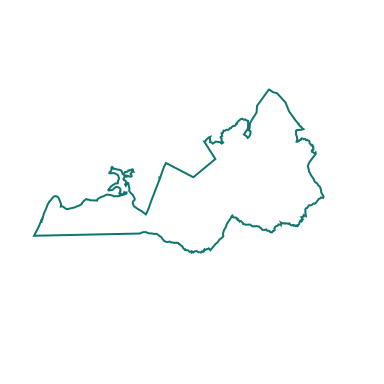 Turbana, Bolívar, Colombia (Albers equal-area conic projection), rotated 37°
{"feature_id": "7082276B59918479254924", "entity_name": "Turbana", "entity_type": "district", "adm_level": 2, "iso_a3": "COL", "parent_name": "Colombia", "parent_adm1": "Bolívar", "projection": "albers", "projection_center": [-75.462, 10.204], "detail": "fine", "context": "isolated", "style": "outline", "palette": "teal", "viewbox_px": 384, "rotation_deg": 37, "n_neighbors": 0, "source": "geoboundaries", "source_scale": "gbopen_adm2", "svg_char_len": 6082}
<svg xmlns="http://www.w3.org/2000/svg" viewBox="0 0 384 384"><g transform="rotate(37 192 192)"><path d="M299.8,116.5L295.1,114.3L294.1,112.9L291.1,110.9L288.4,110.6L286.9,109.9L283.7,109.9L281.7,108.6L276.0,106.6L274.9,105.8L273.5,105.5L272.6,104.8L271.6,103.5L270.9,103.3L268.7,101.3L267.8,97.3L267.9,87.0L266.9,86.1L266.8,87.1L266.3,87.4L264.4,87.4L264.1,87.7L263.6,87.1L263.3,87.3L262.9,87.2L262.8,86.2L263.4,85.9L263.5,85.3L261.9,83.1L261.6,83.4L260.2,82.1L259.4,82.1L259.4,82.8L257.9,82.6L256.5,82.2L255.6,81.1L254.7,80.6L253.1,81.2L252.6,81.1L252.4,81.6L251.7,82.0L250.7,81.6L250.5,81.9L249.6,82.2L249.4,82.6L249.1,82.5L247.4,83.1L247.1,84.0L247.6,84.7L246.7,86.0L246.8,87.0L245.7,88.7L245.2,88.9L244.5,86.7L242.4,84.7L240.6,83.6L238.2,80.4L238.5,79.3L242.3,76.1L243.1,74.7L241.8,74.8L239.7,74.1L239.2,74.5L236.3,73.9L236.2,73.4L232.3,72.7L221.0,69.2L212.7,64.2L200.8,62.0L199.7,62.2L196.9,63.5L192.1,63.7L191.7,64.1L192.1,84.0L195.7,89.6L196.8,102.1L199.4,106.0L200.2,108.6L201.7,108.2L202.5,108.5L204.0,111.3L204.3,113.6L203.9,115.3L202.2,114.6L198.8,114.8L198.5,107.7L196.5,104.7L193.9,101.5L191.8,102.2L190.8,102.0L190.2,102.9L189.0,103.3L187.8,103.3L187.0,104.9L186.5,106.9L186.2,110.0L186.8,110.5L186.2,111.1L186.2,111.6L186.7,112.8L186.6,113.1L184.9,115.0L184.7,115.7L184.7,117.3L184.3,118.1L183.9,118.2L183.7,120.4L183.3,120.9L182.1,121.4L181.3,123.4L180.2,124.0L181.0,126.2L180.2,127.3L182.4,129.1L181.8,130.9L182.5,131.4L183.6,131.6L184.1,132.6L185.0,133.2L187.1,133.8L186.5,135.5L184.5,135.3L180.7,137.4L179.5,140.8L177.7,140.7L176.5,141.3L176.0,140.2L175.1,139.8L173.6,137.6L173.4,136.9L172.7,138.0L172.0,141.4L172.1,144.0L171.5,144.4L190.8,151.6L184.2,179.4L153.8,184.5L154.5,188.9L158.0,199.9L157.3,200.1L157.6,200.5L158.2,200.4L164.3,221.9L167.6,232.4L168.6,237.7L163.4,237.6L158.7,238.2L153.9,238.3L151.0,236.2L150.6,234.9L150.9,232.7L150.1,231.7L146.3,229.9L143.4,229.7L141.2,228.9L140.0,227.0L135.7,223.2L134.8,223.5L135.3,224.9L135.4,226.9L135.1,226.8L135.0,225.8L134.4,226.2L133.2,226.2L133.7,226.1L134.2,225.5L133.6,223.6L133.2,223.3L132.2,223.2L130.9,223.1L130.3,223.4L129.4,222.9L129.4,221.4L129.0,220.4L128.4,220.0L129.1,218.7L129.5,218.5L129.5,219.3L130.5,219.2L131.2,218.3L131.1,217.8L133.5,216.9L134.1,216.4L134.3,215.6L133.6,215.0L132.0,214.5L132.1,213.4L131.8,212.1L133.1,211.1L132.1,210.8L131.7,209.9L131.0,209.6L130.5,210.0L130.5,210.7L129.7,211.3L128.9,212.6L128.2,213.0L128.5,213.6L128.1,214.7L126.5,216.5L126.8,218.5L126.6,219.2L125.8,219.3L122.9,217.6L121.4,217.6L119.9,218.3L118.9,219.1L117.2,219.5L116.2,220.3L115.1,220.7L114.4,220.1L113.1,220.1L112.9,220.6L113.3,221.5L113.9,222.1L114.7,223.6L114.3,226.0L114.7,226.7L115.4,226.4L118.0,224.0L121.1,223.2L123.1,223.2L125.7,225.3L126.3,228.0L127.0,228.6L127.4,229.6L127.1,230.3L125.9,231.0L124.6,234.0L124.0,236.3L123.9,240.7L124.7,240.9L127.1,238.3L127.6,237.2L127.5,235.9L127.8,234.6L128.5,233.4L130.0,232.7L131.8,232.4L133.1,232.8L133.7,233.9L134.4,234.4L134.7,236.8L135.5,237.1L136.4,236.0L137.4,236.0L138.3,235.5L138.8,234.3L138.7,233.8L138.1,233.7L138.0,232.9L138.7,232.9L140.0,231.7L140.4,232.2L140.4,233.2L138.4,236.2L137.2,237.1L137.0,238.0L135.8,239.7L133.6,241.2L132.4,242.5L130.8,242.6L126.7,244.5L125.4,245.5L124.0,248.4L122.4,250.6L121.0,254.0L121.0,255.2L121.4,255.9L115.3,260.1L114.6,260.0L113.1,261.0L112.1,261.1L111.7,261.5L110.9,264.8L110.9,267.4L111.1,267.5L110.9,268.9L109.6,271.6L108.1,273.7L107.6,274.9L102.6,280.8L101.3,281.3L97.6,281.3L96.6,281.9L96.0,282.6L94.8,280.5L89.6,277.3L88.0,276.8L86.3,277.0L85.4,277.5L84.4,278.7L84.1,280.9L84.1,284.4L83.8,285.4L84.3,289.2L85.5,293.0L86.7,298.3L88.9,303.9L88.4,303.7L88.8,306.1L89.2,306.8L89.6,306.8L89.3,307.3L90.5,312.1L92.2,322.0L175.4,256.5L176.8,253.8L179.1,251.9L182.8,250.8L184.6,249.4L186.9,248.3L188.8,246.8L189.5,246.6L192.5,246.7L194.6,246.5L196.6,247.3L199.1,247.8L201.3,247.4L202.5,246.8L204.2,244.9L205.4,244.9L207.5,243.6L208.5,243.4L209.9,241.9L210.6,241.8L210.9,241.4L211.8,241.0L212.8,241.4L213.2,241.1L215.7,241.4L216.1,241.1L216.8,241.2L217.9,241.6L218.1,242.0L219.4,242.1L220.8,242.6L221.2,242.5L221.3,241.9L222.1,242.1L223.9,241.0L226.3,241.2L227.0,240.2L227.5,240.0L227.5,239.6L228.1,239.6L228.3,240.0L228.5,239.2L229.2,239.1L229.5,239.3L230.0,237.6L231.3,236.3L233.0,236.3L235.5,235.0L235.8,233.6L236.2,233.8L236.6,233.0L237.2,232.7L237.2,232.2L236.7,231.8L236.5,230.2L237.5,230.3L238.2,228.7L238.9,228.3L239.2,227.0L240.5,227.0L241.7,227.4L242.1,219.0L242.8,216.8L242.5,214.0L243.7,209.3L243.5,208.3L241.8,206.6L240.5,203.2L240.1,199.7L239.1,196.6L238.6,189.0L238.2,187.5L238.5,186.5L238.8,186.7L238.9,187.3L239.5,187.4L240.8,187.2L242.3,186.0L242.9,185.8L243.4,185.9L243.8,186.4L244.2,186.0L244.7,185.9L245.5,186.9L246.2,186.8L246.5,186.5L247.7,187.0L248.0,186.2L248.6,185.8L251.3,186.1L252.1,186.8L253.3,186.1L254.4,186.0L257.7,183.2L258.6,183.2L259.4,182.9L260.9,183.1L261.4,182.9L261.8,182.2L262.6,181.9L263.8,180.6L265.6,179.6L266.7,179.2L267.2,179.5L269.4,179.4L270.4,179.9L271.1,179.8L273.1,178.3L273.8,177.2L274.7,177.6L276.0,177.4L276.6,176.8L277.6,176.5L278.2,176.9L278.9,176.9L280.2,176.1L280.2,174.3L280.8,173.6L281.0,172.5L279.7,171.7L279.5,169.9L279.8,168.5L280.3,168.1L280.8,166.9L280.6,165.8L281.9,165.0L282.3,164.4L282.7,164.6L282.2,163.6L282.4,163.3L282.3,163.0L281.8,162.8L283.4,162.5L284.4,161.5L285.3,161.3L285.3,160.9L286.3,160.2L287.4,159.8L287.7,159.3L288.6,159.2L288.8,158.5L290.2,159.0L291.3,158.9L292.1,158.4L292.3,157.7L293.1,157.2L293.7,157.0L293.9,157.3L294.2,156.9L294.8,156.9L295.0,156.5L295.4,156.7L295.9,156.3L295.7,155.9L296.0,155.3L296.8,155.6L296.9,153.2L296.3,152.0L295.7,149.5L296.4,148.9L297.1,149.4L297.2,148.7L297.0,148.0L296.5,148.0L296.3,147.4L296.6,147.0L295.4,146.7L295.2,146.1L294.6,146.1L295.1,145.3L295.6,143.6L295.4,143.3L295.7,143.3L296.1,143.7L296.3,142.7L297.4,142.6L294.6,139.9L293.8,138.6L293.2,138.1L292.8,136.9L292.9,136.3L293.6,135.5L293.4,132.1L294.9,131.3L295.6,130.0L295.7,128.8L296.0,128.1L297.0,127.6L297.5,125.6L297.4,121.2L298.5,119.5L298.4,118.6L300.2,117.8L299.8,116.5Z" fill="none" stroke="#0f766e" stroke-width="2"/></g></svg>